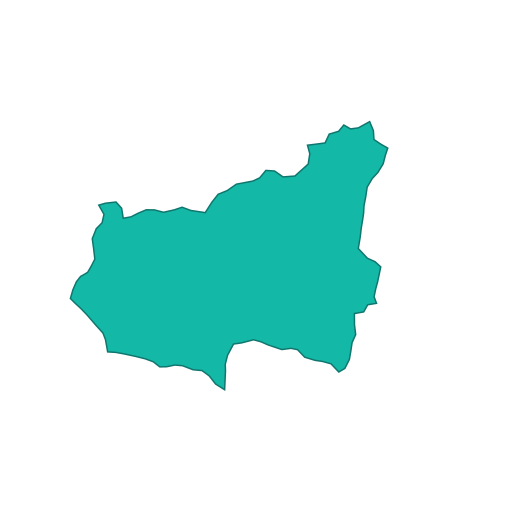 Lagoa Seca, Paraíba, Brazil, rotated 318°
{"feature_id": "56859067B23041586194223", "entity_name": "Lagoa Seca", "entity_type": "district", "adm_level": 2, "iso_a3": "BRA", "parent_name": "Brazil", "parent_adm1": "Paraíba", "projection": "mercator", "projection_center": [-35.864, -7.147], "detail": "fine", "context": "isolated", "style": "filled", "palette": "teal", "viewbox_px": 512, "rotation_deg": 318, "n_neighbors": 0, "source": "geoboundaries", "source_scale": "gbopen_adm2", "svg_char_len": 1587}
<svg xmlns="http://www.w3.org/2000/svg" viewBox="0 0 512 512"><g transform="rotate(318 256 256)"><path d="M313.9,371.8L316.5,365.3L323.0,360.5L328.9,356.7L341.4,347.6L340.7,340.0L337.3,332.2L337.0,318.9L346.2,311.6L353.0,305.6L359.3,300.6L364.7,296.1L369.8,291.0L377.2,285.4L384.7,279.2L394.3,276.2L402.4,275.5L412.2,272.6L419.9,267.5L426.1,264.0L423.6,256.4L421.6,248.4L427.1,241.4L430.4,232.2L417.7,229.2L411.3,224.8L408.9,217.4L400.8,218.6L392.0,214.4L383.0,218.2L375.4,213.0L368.4,208.1L364.4,216.0L356.3,222.6L347.9,222.6L338.4,222.6L329.0,215.3L326.7,205.3L320.6,199.0L311.1,200.4L303.8,198.2L289.5,189.5L278.3,188.1L269.2,184.8L259.2,186.5L247.3,189.8L238.0,178.5L233.7,170.3L226.1,167.0L216.5,161.6L211.4,153.8L205.3,148.2L197.2,145.4L189.2,143.2L182.6,139.1L188.1,130.6L188.1,122.2L179.4,116.0L173.2,113.0L170.9,123.3L163.9,128.3L155.6,128.8L145.9,133.6L139.9,142.4L134.1,150.5L126.5,153.4L119.9,155.5L111.9,153.8L105.2,155.0L97.3,158.6L89.6,163.4L90.0,170.3L90.7,177.8L91.0,186.5L90.7,199.8L90.7,210.9L88.2,217.4L81.6,228.0L87.4,233.9L92.6,240.7L99.1,249.7L104.9,258.3L108.9,265.9L110.3,274.0L115.5,278.5L122.8,282.8L128.0,288.4L133.1,298.4L139.2,305.0L141.0,313.7L140.3,324.1L143.2,334.4L149.9,327.6L156.4,321.0L160.7,315.9L168.5,310.7L180.4,306.4L187.1,310.9L198.1,316.6L202.3,323.1L205.6,330.4L212.6,342.8L220.2,348.0L224.2,353.4L224.5,363.8L230.1,373.1L234.9,378.9L239.6,386.3L239.9,397.6L246.8,399.0L256.1,395.4L262.6,390.3L269.4,384.7L277.5,381.1L283.1,373.1L290.6,364.6L298.6,369.6L306.4,367.0L313.9,371.8Z" fill="#14b8a6" stroke="#0f766e" stroke-width="1.5"/></g></svg>